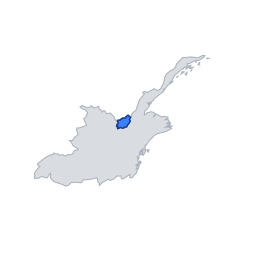 Kayah on a map of Myanmar (Robinson projection), rotated 237°
{"feature_id": "MMR-2473", "entity_name": "Kayah", "entity_type": "State", "adm_level": 1, "iso_a3": "MMR", "parent_name": "Myanmar", "parent_adm1": "", "projection": "robinson", "projection_center": [97.388, 19.239], "detail": "fine", "context": "in_parent", "style": "filled", "palette": "blue", "viewbox_px": 256, "rotation_deg": 237, "n_neighbors": 0, "source": "natural_earth", "source_scale": "10m", "svg_char_len": 5528}
<svg xmlns="http://www.w3.org/2000/svg" viewBox="0 0 256 256"><g transform="rotate(237 128 128)"><path d="M162.0,115.3L159.7,114.0L158.1,115.2L155.5,114.7L155.8,117.2L154.3,118.0L151.7,117.7L150.2,121.4L144.8,122.4L141.3,121.7L139.4,125.0L139.2,128.7L138.3,131.0L138.7,134.9L136.4,135.9L135.0,135.7L135.7,137.5L137.5,138.3L138.6,142.3L138.3,143.9L145.5,153.2L147.7,160.5L149.5,159.5L150.0,160.3L149.3,162.2L147.1,163.7L146.7,171.4L143.1,173.3L143.2,175.9L143.6,177.7L146.9,182.9L150.5,186.4L152.5,190.2L152.9,195.6L152.4,197.9L153.3,201.2L155.2,203.4L157.3,212.1L153.1,219.8L148.8,224.8L148.2,230.2L146.8,231.9L146.2,230.3L145.9,224.7L148.0,221.1L148.6,214.3L149.9,212.8L149.2,212.1L147.6,212.6L148.1,207.1L147.2,206.9L148.0,205.7L146.9,196.4L143.6,190.0L143.2,187.2L142.7,190.9L142.3,190.2L142.2,185.1L140.3,179.5L140.5,179.0L141.4,179.5L140.6,178.3L139.9,178.6L139.3,177.2L138.3,165.7L137.1,164.0L137.6,159.1L138.5,157.8L135.0,158.3L133.4,154.1L133.3,151.8L129.8,148.3L130.4,149.4L129.8,150.6L130.4,152.5L129.0,156.2L127.5,157.8L125.7,158.5L124.2,157.5L123.9,155.6L123.3,155.5L124.6,159.2L119.0,162.3L118.2,164.5L115.3,167.4L114.4,167.0L114.9,163.1L113.2,166.2L110.9,166.3L110.4,162.2L109.5,164.6L108.1,165.3L108.5,158.4L108.2,160.4L105.9,163.2L103.8,164.1L104.3,158.4L107.2,149.4L107.5,146.4L105.9,139.3L103.4,133.2L104.1,133.1L102.4,131.4L102.2,126.9L101.1,128.5L101.0,131.3L98.8,129.9L96.7,126.0L97.6,125.6L100.0,127.5L101.4,126.5L101.7,125.2L97.9,121.4L98.9,119.9L97.6,119.9L94.4,118.1L93.5,118.4L93.9,120.0L93.2,120.5L91.9,118.0L92.9,116.8L92.1,116.8L92.6,114.6L92.3,114.2L90.8,117.1L89.9,116.5L90.9,115.0L90.5,114.1L89.1,112.5L89.2,115.5L85.9,110.7L84.0,104.2L85.5,102.5L88.1,104.4L87.9,96.4L89.0,94.7L91.7,96.1L92.5,94.1L93.6,93.5L92.9,88.0L93.8,84.4L95.6,83.8L96.0,81.0L96.3,77.1L95.4,72.7L97.1,73.8L98.9,73.4L103.3,74.9L104.9,69.8L109.0,61.6L107.5,59.7L107.8,58.5L111.4,54.2L113.2,50.3L112.4,46.8L113.2,44.0L116.4,42.2L123.5,36.5L128.8,35.7L130.9,37.9L132.4,38.1L130.2,32.8L134.6,28.8L134.5,25.6L136.6,22.3L137.7,22.4L138.8,24.0L140.0,24.0L142.0,26.5L143.9,33.2L145.4,32.0L147.4,32.9L148.2,42.8L147.7,48.6L146.6,49.9L147.5,52.3L145.6,53.2L144.3,55.5L142.5,55.6L141.2,58.8L139.3,59.3L138.3,61.7L138.5,63.6L137.0,64.7L136.5,67.9L137.8,69.2L138.3,70.9L136.9,74.5L138.0,74.6L143.2,72.2L146.8,72.7L149.3,72.1L147.7,74.5L149.2,77.7L149.6,82.6L155.0,84.0L155.9,85.3L154.7,86.8L152.8,94.7L159.9,95.8L160.2,98.9L161.7,100.0L161.9,101.7L162.9,102.3L166.7,102.2L169.0,100.1L171.9,99.2L172.0,100.9L171.4,102.2L168.2,104.0L166.1,107.6L165.9,108.4L166.9,109.1L163.3,110.6L162.0,115.3ZM98.9,123.9L101.2,125.3L100.8,126.4L99.3,126.5L98.2,124.6L98.9,123.9ZM144.3,201.9L145.8,204.3L144.3,205.8L144.3,201.9ZM98.6,133.8L97.5,132.9L96.7,131.7L99.2,131.7L98.6,133.8ZM146.4,211.8L146.5,214.9L145.6,214.5L145.0,212.0L146.4,211.8ZM107.2,164.0L105.6,166.0L105.4,164.3L107.5,161.9L107.2,164.0ZM137.0,161.4L136.0,160.8L135.9,159.0L136.7,158.5L137.2,159.4L137.0,161.4ZM143.4,215.6L143.2,214.5L144.2,212.1L144.0,214.2L143.4,215.6ZM142.9,221.2L144.2,223.5L143.9,223.9L142.8,222.1L142.0,222.3L142.9,221.2ZM147.3,210.1L145.9,210.8L145.9,208.7L147.3,210.1ZM144.1,231.7L142.4,233.7L142.6,232.6L144.1,231.7ZM91.5,118.3L92.1,120.8L91.1,117.9L91.5,118.3ZM144.3,197.2L144.3,199.0L143.8,196.0L144.3,197.2ZM96.8,120.1L97.0,121.6L96.0,119.4L96.8,120.1ZM142.6,207.9L141.6,207.0L141.9,206.3L142.4,206.5L142.6,207.9ZM141.9,205.2L141.2,206.5L140.6,205.7L141.1,205.2L141.9,205.2ZM142.0,212.7L142.1,213.8L141.3,211.2L142.0,212.7ZM109.5,166.3L108.8,166.3L109.8,165.0L109.9,165.5L109.5,166.3ZM146.6,221.4L146.0,221.2L146.5,220.0L146.6,221.4Z" fill="#d9dde1" stroke="#a8b0b8" stroke-width="1"/><path d="M139.9,123.7L139.7,123.8L139.6,124.1L139.6,124.3L139.6,124.5L139.6,124.8L139.2,125.2L138.9,125.7L138.9,125.8L138.9,126.0L139.0,126.1L139.0,126.4L139.2,126.6L139.2,126.8L139.2,127.0L138.9,127.1L138.9,127.3L139.2,127.5L139.3,127.8L139.3,128.0L139.3,128.9L139.2,129.1L139.1,129.3L138.5,129.8L138.4,130.0L138.3,130.4L138.2,130.6L138.1,130.8L137.9,130.9L137.8,131.0L138.0,131.4L138.3,131.6L138.4,131.9L138.4,132.2L138.4,132.3L138.5,132.7L138.6,132.9L138.6,133.1L138.6,133.6L138.7,134.0L138.8,134.5L138.7,134.9L138.7,135.1L138.1,135.2L137.6,135.2L137.4,135.3L136.7,135.8L136.3,136.0L135.9,136.0L135.6,136.0L135.4,135.9L135.3,135.7L135.1,135.4L134.9,134.9L134.7,134.5L134.7,134.4L134.6,134.2L134.5,133.9L134.4,133.9L133.4,133.8L133.1,133.8L132.7,133.7L132.4,133.6L131.9,132.4L131.8,132.2L131.6,131.8L131.5,131.7L131.4,131.6L131.4,131.4L131.4,131.2L131.2,131.0L131.1,130.9L131.1,130.7L131.0,130.4L131.0,130.2L130.9,129.9L130.9,129.6L130.9,129.4L130.7,129.2L130.6,128.9L130.5,128.6L130.4,128.5L130.2,128.4L130.0,128.2L129.9,128.1L129.9,127.9L129.8,127.7L129.7,127.4L129.7,127.2L129.7,126.9L130.0,126.7L130.3,126.2L130.6,125.6L130.6,125.3L130.5,125.0L130.3,124.8L130.3,124.7L130.3,124.4L130.5,124.0L130.7,123.6L131.0,123.1L131.6,122.6L132.6,121.9L132.7,121.6L132.7,120.4L132.8,120.3L132.9,120.2L132.9,119.6L132.9,119.2L133.0,119.0L133.5,119.1L133.6,119.4L133.6,119.5L133.6,119.8L133.7,120.0L133.8,120.0L134.0,120.1L134.4,120.0L134.5,120.0L134.8,119.8L134.8,119.6L135.2,119.4L135.2,119.5L135.7,120.2L135.8,120.2L136.0,120.2L136.3,120.0L136.5,120.1L136.6,120.4L136.8,120.6L137.0,120.7L137.0,120.8L137.1,121.0L136.9,121.4L136.8,121.6L136.8,121.8L137.0,122.0L137.3,122.4L137.5,122.5L138.5,122.8L138.6,122.7L138.8,122.6L139.0,122.7L139.2,122.8L139.3,122.8L139.5,122.8L139.7,123.0L139.8,123.3L139.9,123.7L139.9,123.7Z" fill="#3b82f6" stroke="#1e3a8a" stroke-width="1.5"/></g></svg>